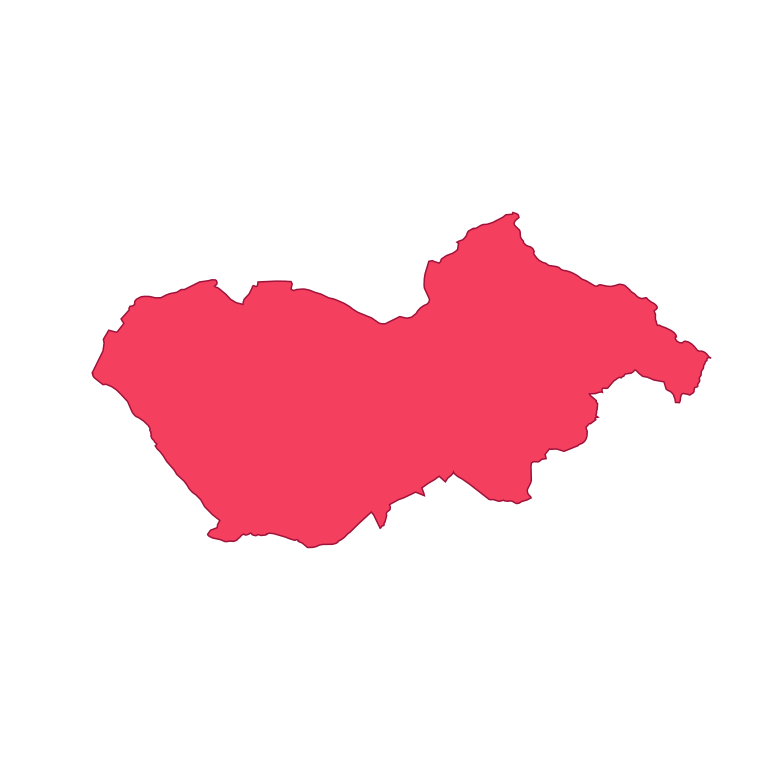 Ubaque, Cundinamarca, Colombia (Equal Earth projection), rotated 307°
{"feature_id": "7082276B28126583048920", "entity_name": "Ubaque", "entity_type": "district", "adm_level": 2, "iso_a3": "COL", "parent_name": "Colombia", "parent_adm1": "Cundinamarca", "projection": "equal_earth", "projection_center": [-73.951, 4.501], "detail": "fine", "context": "isolated", "style": "filled", "palette": "rose", "viewbox_px": 768, "rotation_deg": 307, "n_neighbors": 0, "source": "geoboundaries", "source_scale": "gbopen_adm2", "svg_char_len": 6171}
<svg xmlns="http://www.w3.org/2000/svg" viewBox="0 0 768 768"><g transform="rotate(307 384 384)"><path d="M289.6,135.9L277.7,134.9L275.8,139.8L265.0,139.6L264.0,138.5L261.3,131.8L250.8,133.0L248.3,135.8L241.3,139.7L217.1,144.3L217.2,145.3L216.1,145.7L215.2,147.1L214.7,148.7L214.6,150.3L214.4,160.0L216.5,162.2L218.0,168.0L218.3,173.6L217.5,179.9L215.7,189.8L211.0,198.0L209.7,200.6L209.0,203.2L208.8,205.7L209.4,207.8L209.8,213.9L209.0,220.7L207.7,223.9L206.3,224.6L205.9,225.2L205.3,226.8L204.4,227.3L203.5,228.7L202.4,229.0L201.1,230.8L200.5,232.8L200.5,234.3L199.7,235.5L199.4,238.5L199.0,238.9L196.9,238.5L195.8,241.6L195.1,246.3L193.7,251.2L191.4,257.0L189.1,267.9L187.1,272.9L186.1,282.9L184.7,287.6L183.0,291.7L182.2,296.3L182.3,300.6L181.3,307.3L178.1,314.6L176.4,325.7L176.2,335.0L171.6,335.7L168.8,337.2L162.8,333.4L157.9,333.6L157.4,334.2L157.2,335.6L157.3,337.0L157.9,339.8L161.3,347.2L162.3,351.4L163.3,353.1L165.6,355.2L167.8,358.6L169.1,359.5L171.4,360.6L172.7,360.5L174.6,361.1L177.6,361.3L179.9,362.3L179.7,363.3L180.1,364.4L181.6,365.7L184.4,367.1L184.8,367.6L184.4,369.2L184.6,370.5L185.7,372.9L186.5,373.5L187.8,373.8L189.0,376.9L192.0,380.2L193.5,381.0L193.8,380.6L196.0,382.4L197.9,385.6L198.7,387.5L202.7,398.1L203.2,400.5L205.2,406.2L205.7,407.1L206.9,407.6L207.3,408.2L207.5,409.8L206.9,409.8L206.8,410.5L207.8,414.6L207.4,421.3L210.3,425.0L212.1,426.7L213.6,427.8L216.4,429.3L218.9,431.5L224.9,439.2L227.2,441.1L228.6,441.9L230.2,442.3L231.1,442.2L234.5,443.7L237.7,444.6L242.4,445.2L245.6,446.1L256.5,447.7L274.1,450.9L273.3,454.4L266.5,467.7L267.2,468.0L269.3,467.8L270.8,468.9L271.4,468.9L272.7,467.9L274.5,467.8L280.3,465.4L282.1,463.7L283.1,463.4L287.3,464.4L289.3,463.3L291.0,461.0L300.2,465.1L305.2,468.4L316.7,474.3L319.1,483.4L320.7,481.6L323.8,476.7L331.8,479.3L338.0,481.9L343.5,483.5L342.8,491.9L347.0,491.5L351.5,492.6L354.7,492.8L355.4,492.5L354.8,493.9L354.6,496.0L354.6,499.4L355.2,503.8L355.5,512.4L355.1,537.0L355.5,538.4L357.6,541.0L359.2,545.8L360.6,547.5L363.1,549.3L363.2,550.5L364.1,552.1L365.0,553.6L366.9,555.5L367.5,557.0L368.1,561.2L368.5,562.1L370.2,563.6L372.9,564.6L377.4,568.0L381.6,570.0L382.3,568.8L382.4,567.2L383.0,565.1L384.4,563.1L386.0,562.0L393.0,560.7L395.5,559.8L406.6,551.0L409.6,549.3L411.9,550.1L414.5,553.9L415.6,554.6L418.3,555.2L419.1,555.6L422.0,558.4L424.8,555.0L431.8,555.2L432.0,556.2L435.9,560.8L438.6,568.3L451.6,576.1L452.3,575.9L456.3,578.1L459.0,578.7L462.1,578.4L464.6,577.4L468.4,574.9L470.5,571.8L471.1,571.4L476.0,571.8L476.5,572.8L482.8,574.6L482.8,573.8L484.2,573.1L486.3,574.9L486.2,572.2L489.4,570.9L489.9,570.2L492.2,569.4L497.0,566.3L497.1,564.6L498.5,563.5L499.0,555.7L499.7,554.0L503.6,558.6L506.3,560.4L508.6,562.5L508.8,563.4L510.2,561.8L511.2,561.2L511.9,561.2L512.7,561.6L514.1,564.0L515.3,565.1L524.6,565.7L530.2,567.5L531.2,568.3L531.7,569.8L533.5,569.9L534.4,570.8L536.1,570.5L537.3,570.8L541.5,574.9L544.2,575.8L546.0,575.8L546.6,577.1L545.9,581.4L545.8,586.1L548.0,590.4L549.6,597.1L554.2,606.3L549.8,612.3L549.7,614.4L550.3,616.8L550.3,618.4L549.8,621.3L547.1,625.4L544.7,627.9L546.9,631.2L549.2,630.5L551.4,629.1L553.5,628.2L555.0,627.9L556.6,628.6L557.2,630.3L558.4,632.3L559.0,634.5L559.3,634.9L563.0,636.2L564.4,636.2L567.3,634.4L568.5,634.6L570.3,635.9L571.1,635.9L572.8,634.6L575.7,634.5L576.7,634.1L578.6,632.1L581.9,631.9L585.0,629.8L588.8,629.6L591.2,628.2L593.3,628.0L595.4,627.2L597.0,627.8L598.6,626.8L599.9,626.9L600.7,627.7L601.5,629.7L601.2,627.2L602.2,623.4L602.3,621.5L602.0,619.5L601.5,618.1L599.8,615.6L599.5,614.1L600.8,608.6L601.1,605.5L600.9,602.7L600.5,601.2L599.4,598.7L598.5,598.0L596.4,597.5L595.3,595.9L594.8,594.8L594.5,592.8L594.6,591.8L595.3,589.7L596.7,588.5L597.6,589.2L598.1,588.7L598.8,587.7L599.6,584.8L599.5,581.1L598.4,575.3L597.0,570.7L596.7,568.4L595.4,567.2L596.5,565.1L597.7,563.9L599.1,561.7L603.0,558.9L604.7,556.0L605.5,555.8L607.7,556.5L609.2,556.4L610.1,555.5L610.7,553.5L610.8,551.1L610.3,548.2L610.3,544.0L610.7,542.4L610.7,541.4L607.8,538.9L607.1,537.9L606.3,535.3L606.2,533.5L606.8,529.7L606.5,526.0L607.1,523.2L607.6,517.1L607.0,514.9L605.3,511.9L601.0,508.8L598.5,506.5L596.4,503.4L593.4,496.9L591.9,495.7L590.6,495.5L589.2,493.5L588.1,483.4L586.9,479.1L586.9,473.0L586.3,468.7L585.7,465.9L584.4,462.1L582.5,458.4L582.1,456.4L582.3,453.3L581.4,450.8L577.8,444.1L577.8,440.7L576.6,437.4L576.1,433.4L576.5,430.3L577.8,425.8L578.6,424.8L580.2,424.2L581.4,422.0L581.7,420.9L581.6,418.3L580.6,415.6L580.3,413.7L580.8,410.5L582.0,409.3L582.5,406.7L583.2,405.2L584.3,403.8L587.5,401.1L588.5,399.5L589.1,394.0L589.5,392.6L590.3,391.4L591.8,390.7L594.1,390.6L598.2,391.6L599.7,389.7L599.9,389.0L599.7,387.0L598.5,383.7L596.9,384.4L592.5,379.5L588.6,378.5L578.4,373.6L573.6,370.2L570.9,367.1L569.2,366.0L564.1,363.9L562.4,362.5L562.7,362.5L562.0,361.6L557.2,359.5L555.6,359.4L551.4,360.6L547.6,360.3L546.0,359.8L543.5,358.0L541.1,356.9L541.2,358.9L535.7,361.8L532.8,361.3L529.7,360.1L524.1,356.6L518.9,354.8L517.9,354.7L515.8,355.5L513.8,355.3L513.4,354.9L513.4,354.1L512.2,351.0L511.6,348.4L509.0,346.0L497.2,350.3L492.9,352.5L487.2,356.4L485.0,358.4L484.3,359.6L479.2,369.1L478.3,369.8L476.6,370.5L474.2,370.5L470.5,368.6L466.7,367.3L462.8,366.9L459.6,367.2L453.9,365.8L450.2,362.5L447.3,356.0L432.9,348.8L430.9,346.2L430.0,344.4L429.6,342.8L429.3,334.3L425.5,320.0L425.0,314.5L425.1,309.9L424.5,304.0L422.5,295.6L421.6,292.6L419.5,288.0L417.9,279.6L415.7,273.9L414.1,268.0L411.9,263.3L410.9,261.9L406.9,257.4L404.1,255.5L403.8,252.6L408.6,250.5L409.9,248.2L406.2,242.7L401.3,236.0L389.7,222.0L386.7,223.6L385.5,223.7L384.8,223.1L384.1,220.8L383.8,220.4L382.8,220.3L381.2,220.9L374.5,222.1L367.7,221.3L365.1,222.1L362.7,223.5L360.3,217.8L359.9,216.4L359.3,210.5L360.5,203.6L360.8,197.0L360.9,194.2L360.7,192.8L360.0,191.1L360.1,189.8L361.5,189.9L362.6,190.5L363.3,190.3L364.8,189.4L365.7,187.7L365.6,186.6L363.5,183.7L360.8,181.6L354.5,175.3L339.4,167.8L337.4,165.2L332.5,163.3L327.4,158.7L324.2,156.6L318.6,153.9L315.2,149.5L312.8,144.1L310.0,140.2L307.6,137.6L303.2,135.5L301.2,135.1L299.7,135.4L297.3,137.0L295.0,136.2L293.2,134.4L291.2,134.7L289.6,135.9Z" fill="#f43f5e" stroke="#9f1239" stroke-width="1.5"/></g></svg>